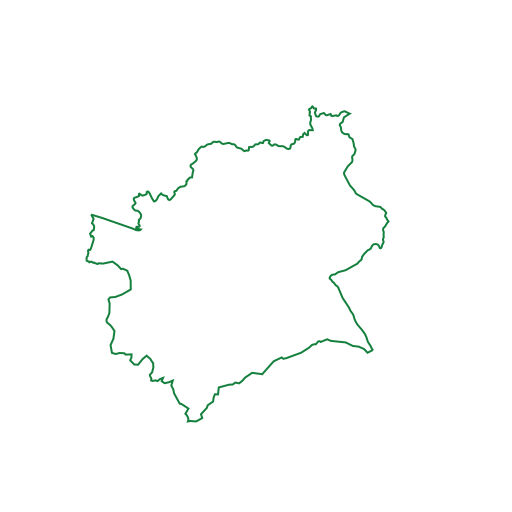 the border of East Kazakhstan, rotated 312°
{"feature_id": "KAZ-3206", "entity_name": "East Kazakhstan", "entity_type": "Region", "adm_level": 1, "iso_a3": "KAZ", "parent_name": "Kazakhstan", "parent_adm1": "", "projection": "albers", "projection_center": [82.81, 48.617], "detail": "fine", "context": "isolated", "style": "outline", "palette": "green", "viewbox_px": 512, "rotation_deg": 312, "n_neighbors": 0, "source": "natural_earth", "source_scale": "10m", "svg_char_len": 6133}
<svg xmlns="http://www.w3.org/2000/svg" viewBox="0 0 512 512"><g transform="rotate(312 256 256)"><path d="M424.5,230.4L417.9,228.6L413.5,230.7L410.7,230.1L409.8,230.3L409.2,230.8L408.6,232.6L408.1,233.4L406.4,235.2L405.6,237.0L405.5,237.8L405.8,239.8L406.7,241.4L407.7,242.3L408.3,243.2L406.8,246.0L407.4,249.3L407.2,249.8L405.0,253.3L403.0,255.5L401.9,258.6L401.3,259.2L397.7,260.9L394.6,260.8L393.8,261.2L391.9,263.5L390.2,264.5L384.2,264.2L377.2,265.5L376.0,266.4L375.2,268.0L371.3,278.6L370.7,284.0L370.3,285.8L369.4,288.2L369.4,289.4L372.5,303.6L372.6,305.2L372.2,308.5L372.4,310.0L372.9,311.4L375.4,315.1L375.7,316.1L375.4,317.9L375.8,319.6L375.9,320.4L375.3,323.7L375.0,324.1L373.5,324.4L372.0,325.2L371.7,326.0L371.5,327.6L370.8,329.0L370.3,331.4L368.1,331.4L363.9,332.2L362.0,332.0L361.4,332.2L360.3,333.1L359.5,334.6L358.8,335.3L356.6,337.1L355.7,338.2L353.3,339.2L352.8,339.7L352.1,341.2L351.4,341.7L348.9,342.3L346.6,343.4L345.6,343.6L345.0,343.3L344.8,342.6L345.9,340.3L345.9,338.6L345.2,337.2L344.1,336.1L342.9,335.5L341.4,335.4L338.3,336.3L336.8,336.0L335.0,335.2L329.8,335.0L326.3,335.4L324.2,336.7L323.4,336.8L321.1,336.4L318.0,336.4L305.4,332.1L299.7,328.4L298.4,327.7L295.4,327.1L293.0,325.2L292.2,324.9L290.4,324.9L288.8,325.5L288.5,326.0L288.6,328.0L288.0,330.1L288.3,331.5L287.6,334.8L287.9,336.6L287.6,338.2L282.8,348.4L279.8,359.9L278.5,362.8L277.8,366.2L277.3,367.8L275.1,371.4L273.8,374.2L272.9,377.4L272.0,384.1L271.1,388.5L270.6,389.9L269.6,392.2L267.1,396.5L265.8,401.3L264.7,403.8L264.5,405.2L263.7,405.5L258.7,403.6L259.2,398.7L257.4,393.0L254.0,388.3L251.8,380.5L243.0,368.4L241.7,364.6L235.4,361.6L235.3,360.4L234.1,359.4L230.3,359.5L229.4,358.3L227.2,357.1L223.5,356.8L214.4,354.3L200.4,346.9L197.9,345.1L197.8,343.0L189.7,339.6L172.3,339.7L166.6,331.3L158.0,329.2L154.8,329.4L150.1,328.7L148.1,325.3L144.9,324.7L142.5,322.2L133.4,316.3L127.7,320.4L125.8,318.0L122.5,319.2L119.1,321.5L112.8,320.0L110.3,321.1L101.6,321.0L99.6,324.5L93.0,322.2L89.2,317.3L87.5,316.1L89.1,315.4L90.5,313.5L91.4,311.0L91.5,309.1L97.4,307.9L96.5,301.8L96.0,299.3L95.2,298.2L99.1,287.1L101.5,283.8L103.1,279.7L107.7,277.5L104.0,275.8L100.3,273.2L99.9,269.6L103.2,268.5L100.3,267.0L97.1,266.5L96.4,264.6L94.1,262.9L93.3,261.3L94.9,260.3L95.6,258.2L96.7,256.6L100.1,256.6L104.5,254.3L107.6,251.2L108.0,248.9L108.8,246.4L108.7,241.4L103.5,240.7L96.3,241.1L93.9,238.1L94.3,232.3L97.3,231.3L99.6,229.3L95.5,225.1L95.6,223.2L92.7,219.6L89.3,217.3L87.6,213.8L92.5,207.5L99.1,205.4L105.6,201.0L106.8,196.1L107.1,193.6L106.9,190.0L107.3,188.8L109.0,187.3L111.7,186.7L115.5,185.2L122.8,179.0L125.0,175.4L127.6,175.3L131.4,178.9L137.8,182.2L147.3,185.3L153.8,179.4L156.9,174.5L158.9,170.2L157.5,165.6L156.0,164.6L156.5,159.7L155.8,153.1L148.1,147.5L145.3,143.9L144.3,143.8L143.9,143.4L142.9,140.8L142.9,140.2L142.0,139.6L141.8,137.7L141.2,137.1L139.8,136.4L140.1,135.4L139.3,134.1L139.2,133.3L139.8,132.8L140.1,132.3L141.8,131.0L142.9,131.1L146.4,129.2L147.2,127.8L148.6,127.4L149.3,128.6L151.2,128.3L159.4,124.5L161.0,123.1L161.4,121.1L160.1,120.6L161.5,117.8L165.7,117.5L166.6,118.1L168.4,117.0L169.9,115.7L170.6,113.4L170.6,112.2L175.0,110.4L176.2,106.6L176.8,106.5L181.3,116.1L194.0,146.3L195.0,149.6L196.6,151.8L197.6,152.5L198.6,152.6L197.0,149.8L196.6,148.3L197.6,147.7L198.2,148.0L199.2,149.2L199.7,149.6L200.4,149.5L200.8,149.0L201.3,147.4L201.7,146.7L203.4,145.9L204.4,144.8L206.0,145.0L207.2,144.8L208.5,144.1L209.7,143.0L210.4,141.3L210.6,138.9L210.2,137.4L209.0,135.9L209.0,134.4L209.2,132.8L209.5,131.9L209.9,131.3L210.5,130.9L213.8,131.3L214.9,131.0L215.3,129.8L215.4,129.0L216.0,127.7L217.0,126.7L217.6,126.6L221.6,128.7L222.3,128.9L223.6,127.6L224.3,127.6L224.5,128.3L224.5,130.0L224.8,130.9L225.1,131.4L227.7,132.9L229.1,133.2L230.4,132.0L231.0,132.1L231.6,132.5L231.8,133.1L231.4,134.9L229.3,140.0L228.3,143.6L228.5,144.0L229.9,144.5L231.6,144.5L235.2,143.4L239.0,143.6L238.9,145.4L239.4,147.0L240.8,149.7L239.6,151.9L239.3,153.2L239.7,154.2L240.6,154.7L247.1,154.6L247.8,154.1L248.7,152.7L249.3,152.2L249.9,152.3L251.0,153.1L251.7,153.2L253.9,152.8L255.4,153.1L256.8,153.5L260.0,156.1L261.6,156.4L263.1,156.1L264.9,154.3L265.9,154.7L267.1,154.0L268.2,154.5L269.6,154.2L270.2,154.5L271.6,155.9L275.6,153.2L277.7,152.2L278.4,151.2L278.5,147.8L279.3,146.9L280.5,146.6L282.9,147.3L286.9,147.8L288.3,147.3L289.4,146.1L290.3,144.3L290.9,142.4L291.8,142.3L293.1,142.7L297.5,141.9L300.8,142.3L301.7,143.7L302.8,144.6L306.2,145.2L306.9,145.6L309.4,147.6L311.4,147.7L312.7,148.2L313.2,148.8L314.6,150.9L315.8,151.4L316.7,152.4L316.7,155.4L317.5,156.9L321.4,159.7L322.4,161.0L323.0,163.3L324.1,164.5L324.4,165.3L324.5,166.2L323.9,168.8L324.4,170.3L325.9,173.3L326.0,176.5L326.3,177.4L328.0,178.2L328.9,179.6L330.0,179.7L332.2,178.0L333.3,178.9L334.2,179.9L335.2,180.6L336.3,180.8L338.5,180.8L340.0,182.4L341.0,183.0L342.6,182.9L343.2,183.2L344.3,185.4L344.7,185.6L346.2,184.8L346.9,184.9L349.0,185.8L349.3,186.2L350.7,188.4L350.6,189.2L348.5,189.9L348.4,192.7L348.6,194.0L349.2,194.6L351.0,194.9L351.8,195.5L352.3,196.6L352.7,199.0L353.2,199.9L355.3,202.1L356.0,203.5L356.5,207.3L357.4,208.7L358.7,209.4L359.9,208.9L361.1,208.0L362.4,207.6L363.1,207.9L364.5,208.9L365.3,209.1L367.0,208.7L369.0,207.2L369.6,207.3L370.0,207.8L370.5,209.2L371.0,209.8L371.5,210.0L373.2,209.3L373.8,209.3L374.4,209.5L375.4,210.7L375.8,211.0L378.0,209.6L379.9,209.7L379.7,212.9L380.2,213.4L380.8,213.6L381.3,213.3L382.7,211.7L384.0,211.1L385.3,211.3L386.2,212.6L387.5,214.0L388.6,212.4L390.2,208.1L392.0,206.7L393.9,205.9L395.9,203.8L396.4,203.6L396.6,202.8L396.2,201.7L397.6,200.8L398.4,200.0L399.0,199.9L399.6,199.1L399.9,198.1L400.3,197.3L401.3,197.4L402.7,198.0L404.6,197.7L405.0,197.9L405.0,198.4L404.4,200.0L404.5,200.6L405.7,201.9L404.5,203.1L402.4,203.6L401.8,204.1L400.3,206.7L400.2,207.4L400.5,208.1L401.1,208.8L401.9,209.3L404.0,208.8L404.7,209.0L407.7,210.8L407.5,212.6L407.5,213.7L408.0,214.5L411.4,216.4L411.4,216.8L410.9,217.4L410.6,218.3L410.9,218.9L414.2,221.5L414.4,222.6L415.0,223.3L416.3,223.5L418.9,223.1L419.9,223.3L422.6,224.7L423.1,225.7L424.0,229.0L424.5,230.4Z" fill="none" stroke="#15803d" stroke-width="2"/></g></svg>